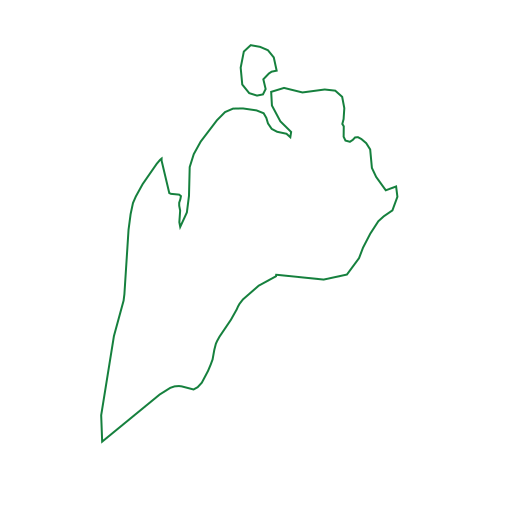 outline of Krong Preah Sihanouk, rotated 189°
{"feature_id": "KHM-1800", "entity_name": "Krong Preah Sihanouk", "entity_type": "Municipality", "adm_level": 1, "iso_a3": "KHM", "parent_name": "Cambodia", "parent_adm1": "", "projection": "equal_earth", "projection_center": [103.754, 10.721], "detail": "fine", "context": "isolated", "style": "outline", "palette": "green", "viewbox_px": 512, "rotation_deg": 189, "n_neighbors": 0, "source": "natural_earth", "source_scale": "10m", "svg_char_len": 1593}
<svg xmlns="http://www.w3.org/2000/svg" viewBox="0 0 512 512"><g transform="rotate(189 256 256)"><path d="M364.5,337.5L364.2,335.5L351.5,304.6L349.8,304.1L341.5,304.6L339.5,303.4L339.6,300.3L340.2,296.6L339.7,293.6L338.0,288.9L337.0,277.4L335.4,272.9L331.1,288.2L331.6,304.9L335.4,333.5L333.4,346.9L328.5,360.4L315.8,384.0L309.1,393.3L301.7,398.0L292.0,399.7L278.3,399.9L270.8,398.2L267.4,394.0L264.9,388.8L260.4,384.0L254.6,382.0L245.0,381.5L240.7,378.7L240.7,384.0L253.0,392.8L263.8,407.1L266.7,420.5L254.6,426.4L235.7,424.8L214.2,431.2L203.6,431.7L195.8,426.7L191.9,415.8L190.9,404.9L191.4,399.9L189.6,397.8L188.1,387.5L185.7,384.0L181.1,383.5L178.6,385.8L176.7,388.6L173.9,389.3L170.2,388.0L164.8,384.7L159.9,379.1L155.3,361.1L149.7,352.9L138.1,341.2L128.5,346.6L125.6,336.6L128.4,322.4L136.0,315.2L140.6,309.5L146.6,296.0L151.6,281.0L153.9,270.0L163.3,251.9L185.5,243.3L230.5,240.8L230.9,240.8L233.1,240.6L233.1,239.1L248.7,227.1L262.1,211.1L264.8,206.2L265.9,203.2L266.7,200.2L270.8,189.1L279.4,170.7L281.1,166.0L281.9,163.1L282.5,156.8L282.7,147.0L283.8,141.5L285.4,135.0L289.7,122.4L293.1,117.3L296.8,114.4L309.0,115.6L311.8,115.5L316.0,114.5L320.0,112.4L329.4,104.2L378.9,48.6L384.0,74.5L383.8,154.7L379.8,191.2L380.0,197.6L386.0,262.0L386.4,277.8L385.8,289.1L384.0,296.0L379.2,309.3L368.5,331.5L365.9,335.8L364.6,337.4L364.5,337.5ZM288.2,415.8L296.4,423.2L300.6,439.6L300.0,456.0L294.2,463.4L284.7,463.2L276.4,461.1L269.5,454.9L264.6,442.3L269.4,440.5L271.8,438.3L276.4,431.7L272.6,422.4L274.4,416.7L280.1,414.6L288.2,415.8Z" fill="none" stroke="#15803d" stroke-width="2"/></g></svg>